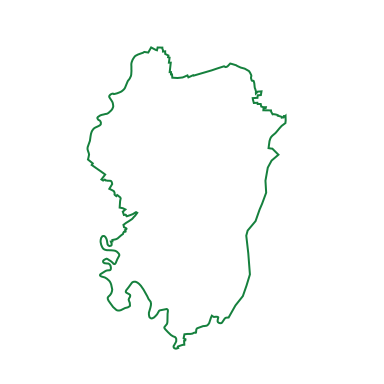 outline of Me Linh, Vĩnh Phúc, Vietnam, rotated 258°
{"feature_id": "81297802B91668671895601", "entity_name": "Me Linh", "entity_type": "district", "adm_level": 2, "iso_a3": "VNM", "parent_name": "Vietnam", "parent_adm1": "Vĩnh Phúc", "projection": "orthographic", "projection_center": [105.703, 21.181], "detail": "fine", "context": "isolated", "style": "outline", "palette": "green", "viewbox_px": 384, "rotation_deg": 258, "n_neighbors": 0, "source": "geoboundaries", "source_scale": "gbopen_adm2", "svg_char_len": 5962}
<svg xmlns="http://www.w3.org/2000/svg" viewBox="0 0 384 384"><g transform="rotate(258 192 192)"><path d="M76.7,126.8L77.1,128.6L78.1,130.3L79.6,132.4L82.6,135.1L82.9,135.9L82.8,142.7L82.8,142.9L82.4,143.4L81.7,143.8L80.6,143.7L78.0,142.8L69.9,140.9L68.3,140.2L67.5,139.3L65.9,137.3L65.4,136.8L64.4,136.8L63.3,137.3L60.0,139.3L56.6,141.6L55.0,143.2L53.5,145.4L52.1,146.0L50.8,145.9L49.2,145.5L48.0,144.6L46.2,143.0L45.0,141.9L44.2,141.8L43.8,141.8L43.1,142.1L42.5,142.8L42.1,143.7L42.1,144.7L42.3,146.0L43.2,145.7L43.6,145.9L43.8,146.1L44.0,147.4L44.3,149.8L44.4,151.5L44.2,152.7L44.6,152.8L48.1,153.3L48.4,153.6L48.5,154.0L48.3,154.6L49.3,155.0L50.7,153.4L54.4,155.0L54.1,158.2L53.5,161.0L53.4,163.0L53.8,164.3L53.9,165.6L53.5,166.4L53.7,166.7L56.5,167.6L57.4,168.3L57.7,169.2L58.5,175.0L58.3,176.3L58.2,178.6L58.6,179.6L59.3,180.6L60.3,181.6L65.3,184.5L66.9,185.7L65.5,187.0L65.2,187.6L65.0,189.6L64.7,190.6L64.4,191.2L64.0,191.6L63.8,191.6L61.7,190.6L60.4,190.2L59.8,190.2L59.2,190.4L58.5,191.0L58.0,191.8L57.7,192.8L57.7,193.5L58.0,194.2L61.4,197.7L61.9,198.7L61.9,200.0L61.6,201.7L72.0,210.9L79.6,220.1L89.0,225.8L99.3,231.5L120.3,234.3L138.0,236.0L142.7,238.4L150.3,248.1L160.8,254.5L165.9,258.1L175.9,264.4L187.8,266.2L200.1,271.2L206.2,276.4L210.5,284.3L217.7,279.6L218.0,278.5L219.0,276.0L225.7,278.4L227.8,279.6L229.1,280.6L230.3,282.2L232.3,285.9L233.5,287.5L236.2,290.9L238.0,293.4L240.0,297.7L242.5,298.5L247.0,299.3L246.8,299.0L247.0,298.7L247.2,297.6L245.9,297.0L245.9,296.7L246.1,295.9L246.1,295.3L246.7,295.4L247.4,294.5L248.7,291.9L249.1,292.1L249.9,291.0L250.5,289.8L251.2,287.9L251.2,287.0L254.1,286.1L255.4,286.2L257.1,278.8L259.2,279.4L258.8,281.5L259.6,281.9L260.0,279.9L260.2,279.3L260.8,278.2L261.2,277.5L263.8,277.5L264.4,274.5L265.7,274.5L266.2,271.0L269.8,270.8L271.2,270.9L270.5,275.6L272.9,276.4L272.5,279.5L276.0,280.9L276.5,277.2L275.1,275.0L275.9,275.1L276.8,275.5L279.5,275.3L280.5,275.1L281.5,275.1L285.1,275.5L286.6,275.5L287.9,275.3L288.0,275.1L288.2,274.2L288.4,273.8L288.8,273.6L290.9,273.4L291.5,273.5L292.0,273.6L293.2,274.2L294.1,274.2L296.6,273.6L297.2,273.3L297.8,273.2L298.5,272.8L301.7,269.2L303.6,265.5L305.9,262.4L306.8,261.5L308.8,257.9L309.7,256.1L307.6,253.0L307.2,251.9L307.3,250.6L308.3,249.5L307.6,242.5L306.9,236.6L305.5,217.8L306.0,217.5L304.9,212.3L307.0,211.8L306.2,207.9L306.0,206.6L306.5,201.6L307.9,196.5L311.2,196.9L311.4,195.9L313.6,196.4L313.9,195.1L322.9,198.1L323.3,196.3L328.1,198.0L328.8,196.6L330.4,197.3L332.6,194.5L335.2,195.0L335.4,192.8L336.8,193.1L337.6,193.0L338.3,192.8L339.4,193.0L340.5,188.4L337.9,187.2L338.6,186.0L341.9,182.1L337.5,178.2L338.9,174.5L338.7,173.8L338.4,173.1L338.1,170.6L337.7,167.7L337.0,165.2L336.5,164.2L334.8,162.4L333.7,161.4L331.7,160.1L330.5,159.5L329.1,159.1L327.3,158.8L324.5,158.2L323.2,158.0L321.4,157.5L319.6,157.0L318.2,156.4L316.1,154.8L315.2,153.9L314.2,152.6L313.5,152.0L307.8,148.1L306.9,147.2L306.2,146.2L305.7,145.3L305.0,143.9L304.7,142.7L304.4,141.1L304.1,139.2L304.0,136.5L304.1,135.8L304.4,135.6L304.7,135.0L304.7,134.2L304.4,132.8L303.9,131.9L303.3,131.2L302.7,130.9L302.3,130.8L301.2,131.1L297.9,132.4L296.3,132.9L295.3,133.0L293.2,132.9L291.9,132.7L291.2,132.3L289.9,131.4L288.7,130.1L286.7,126.7L286.3,125.5L286.2,124.7L286.3,123.7L286.2,121.5L286.2,119.8L286.0,118.2L284.9,115.5L284.3,114.9L283.7,114.8L282.4,115.2L281.9,115.6L281.0,116.7L280.1,117.1L278.9,117.3L277.3,116.9L276.8,116.4L276.3,115.5L275.8,113.8L275.2,111.1L274.8,109.8L274.0,108.5L272.7,107.1L271.5,106.2L269.9,105.3L267.7,104.4L265.5,103.6L263.3,102.8L257.6,99.3L256.5,98.9L255.3,98.7L253.9,98.8L251.5,99.1L250.0,99.1L247.2,97.9L245.4,97.0L240.6,100.9L239.3,99.5L228.1,109.9L227.1,110.7L223.1,106.0L221.7,107.4L221.7,107.8L222.2,108.6L222.3,109.1L222.0,109.6L221.2,110.0L221.0,110.9L220.6,111.7L220.4,112.7L219.9,114.5L219.5,115.1L218.9,115.4L218.1,115.6L216.4,115.6L212.3,111.8L210.6,114.0L209.1,115.7L208.6,115.9L207.0,116.1L205.6,115.7L205.0,116.0L203.7,117.1L204.6,118.2L204.2,118.6L201.6,120.7L200.6,120.9L198.1,119.8L191.8,118.0L190.5,121.0L188.8,123.2L187.1,120.2L186.6,120.3L183.7,120.6L183.6,122.3L183.1,122.7L182.2,122.8L181.8,123.1L182.2,126.6L182.7,129.6L183.9,132.8L183.8,133.3L183.0,134.1L180.6,131.4L179.5,129.7L178.9,129.0L178.0,127.7L176.4,123.7L175.5,121.1L174.1,118.1L171.7,118.2L170.3,120.0L169.8,120.3L169.2,120.0L169.0,119.5L168.7,118.6L167.4,118.9L167.1,118.8L167.0,118.4L167.1,117.7L167.2,117.1L166.2,116.2L165.3,115.8L164.4,113.8L162.0,109.5L161.6,107.7L161.6,104.1L160.2,103.9L160.4,102.3L158.0,102.7L156.7,102.2L156.3,101.5L156.3,100.0L157.2,99.0L158.3,98.5L162.5,98.7L164.2,98.5L165.8,98.0L167.0,97.2L167.4,96.2L167.4,95.2L166.1,93.7L164.1,92.7L162.2,92.2L159.3,92.2L157.1,92.6L155.3,93.2L154.4,93.9L153.6,94.9L152.8,96.6L151.8,100.8L151.0,103.4L150.3,104.9L149.0,106.3L147.2,107.4L146.2,107.8L145.6,107.8L144.9,107.6L141.7,104.9L138.5,102.7L137.8,101.9L137.6,101.5L137.7,100.9L138.2,100.2L139.3,99.7L141.1,98.3L144.1,95.3L144.5,94.6L144.3,93.3L143.7,91.5L143.1,90.8L142.2,90.5L141.5,90.7L140.6,91.5L139.8,93.8L139.4,95.3L138.6,96.2L137.4,96.8L136.5,97.0L134.7,96.9L133.6,96.6L133.0,96.2L132.7,95.8L132.6,95.2L132.9,93.0L132.9,91.9L132.6,90.7L130.7,85.5L130.2,84.9L129.6,84.7L128.9,85.0L128.2,85.8L126.5,89.0L124.9,90.7L122.6,92.4L121.5,93.0L120.1,93.4L118.3,93.7L113.2,93.7L111.4,93.0L109.6,91.9L108.2,90.4L106.9,88.3L106.1,87.6L104.9,87.4L103.2,87.7L100.6,88.8L95.9,90.9L92.2,93.6L91.6,94.6L91.2,96.0L91.2,97.8L92.4,102.4L92.5,105.2L93.2,107.2L93.6,107.7L96.5,108.1L98.9,107.7L100.0,107.7L101.1,108.4L102.4,109.6L103.4,110.0L104.2,110.0L105.2,109.2L107.1,106.9L107.8,106.5L108.6,106.6L109.6,107.3L112.0,110.2L114.9,113.4L115.9,114.6L116.2,115.4L116.3,116.4L116.1,117.7L115.7,118.5L114.7,119.8L113.2,121.1L110.9,122.5L106.6,124.3L99.2,126.6L96.5,127.2L95.6,127.6L93.3,128.7L91.3,128.7L89.6,128.2L87.4,127.2L83.0,124.8L81.3,124.4L79.6,124.3L78.4,124.4L77.4,125.1L76.8,125.9L76.7,126.8Z" fill="none" stroke="#15803d" stroke-width="2"/></g></svg>